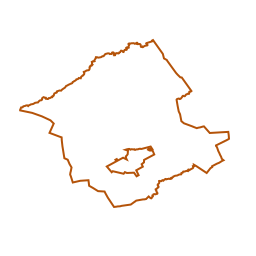 Shurugwi, Midlands, Zimbabwe (Natural Earth projection), rotated 241°
{"feature_id": "62879985B74735389049647", "entity_name": "Shurugwi", "entity_type": "district", "adm_level": 2, "iso_a3": "ZWE", "parent_name": "Zimbabwe", "parent_adm1": "Midlands", "projection": "natural_earth1", "projection_center": [30.229, -19.744], "detail": "fine", "context": "isolated", "style": "outline", "palette": "amber", "viewbox_px": 256, "rotation_deg": 241, "n_neighbors": 0, "source": "geoboundaries", "source_scale": "gbopen_adm2", "svg_char_len": 5836}
<svg xmlns="http://www.w3.org/2000/svg" viewBox="0 0 256 256"><g transform="rotate(241 128 128)"><path d="M132.4,57.7L129.5,59.9L124.9,59.4L120.9,59.5L117.8,56.9L116.9,56.0L115.3,54.8L113.5,54.6L107.1,53.3L105.0,60.6L101.5,68.1L96.3,66.0L92.7,68.2L87.3,71.2L83.8,76.7L81.9,76.6L76.9,76.6L65.7,77.5L64.7,80.0L64.4,81.0L63.4,83.0L63.0,84.7L59.7,93.3L60.5,100.0L58.2,106.7L57.7,107.6L57.1,109.4L58.1,112.9L55.8,113.7L55.2,114.2L55.2,114.6L55.5,114.9L55.8,115.4L56.1,116.5L56.9,116.5L57.1,116.6L57.0,116.9L57.3,117.7L57.6,118.0L57.5,118.9L56.8,119.6L56.6,120.3L56.6,120.8L56.3,121.5L56.4,121.9L56.8,122.2L57.4,122.1L57.6,122.2L58.2,122.0L59.1,122.4L59.5,122.2L60.2,122.4L60.7,122.3L61.0,122.5L60.9,123.3L61.0,124.0L61.4,124.8L61.3,125.6L61.6,126.1L62.0,125.9L62.9,126.4L63.4,126.2L63.8,126.3L64.2,126.7L64.5,128.0L64.8,128.6L65.7,129.3L66.5,129.4L66.6,129.5L66.5,129.8L66.0,130.4L65.4,131.3L65.3,131.6L65.7,132.5L65.6,133.0L65.0,133.4L64.8,133.5L65.1,134.3L65.3,136.0L65.1,136.3L64.7,136.3L64.5,136.6L64.3,137.7L64.1,138.1L63.9,139.1L63.6,139.5L63.1,139.9L62.7,141.0L62.7,141.4L63.4,141.2L63.5,141.4L63.2,143.2L63.3,143.8L63.6,144.2L63.4,145.1L63.4,146.0L62.6,148.0L62.5,150.2L61.7,152.1L62.4,152.8L62.7,152.9L62.7,153.3L62.4,154.1L63.1,155.1L63.1,155.3L62.8,155.7L62.5,156.3L62.1,158.5L61.2,159.6L61.5,160.0L62.0,160.1L62.3,160.3L62.4,160.6L62.3,160.9L62.1,161.1L61.9,161.1L61.7,160.9L61.4,161.0L61.4,161.8L61.5,163.2L61.4,165.0L61.6,165.6L61.9,165.9L63.1,166.3L62.5,167.3L62.5,167.9L62.8,167.8L63.3,167.5L64.0,167.8L61.5,169.3L50.5,175.0L52.9,180.7L53.0,182.7L53.8,183.0L53.7,188.4L53.4,190.9L53.6,194.3L53.5,195.9L55.5,195.1L57.8,195.5L60.0,195.5L61.4,195.7L64.0,195.8L68.0,196.5L69.7,196.3L70.1,196.5L69.5,209.6L69.6,211.1L73.1,212.7L76.0,213.8L84.0,197.1L92.6,195.2L92.9,194.4L93.6,191.3L94.2,189.6L94.5,188.1L97.7,185.4L97.8,185.4L105.0,179.2L108.1,178.0L114.8,180.2L117.9,180.4L123.5,182.2L129.2,184.2L129.5,184.7L129.4,185.8L129.1,186.8L128.4,187.1L128.2,187.3L128.1,187.9L128.1,188.4L128.8,190.2L129.3,190.9L129.5,191.6L129.4,191.9L128.8,192.3L128.3,193.0L128.3,193.3L128.8,194.2L129.1,195.0L128.9,195.6L129.1,196.6L128.3,197.8L128.4,198.1L129.7,198.9L130.0,199.2L130.0,199.4L129.4,200.3L129.6,201.4L146.1,199.5L147.0,198.3L150.7,197.2L152.9,196.7L160.2,195.8L167.7,194.9L168.7,194.9L171.4,193.2L175.9,194.4L192.8,192.5L192.8,191.4L192.1,191.1L193.3,185.2L193.1,184.9L192.4,185.0L191.6,185.3L191.1,185.3L190.9,184.9L191.7,182.5L191.7,181.5L191.5,180.7L191.5,180.2L191.7,179.8L192.0,179.6L192.1,180.0L192.3,180.0L192.4,179.0L192.7,178.7L193.3,178.8L194.7,179.4L195.4,179.3L195.9,178.8L196.7,177.0L197.0,176.7L197.6,177.4L198.0,177.4L198.3,176.9L198.2,175.3L198.5,174.6L199.1,174.4L199.5,173.9L200.5,171.9L200.6,171.2L201.4,170.0L201.4,169.3L201.3,169.1L200.9,169.0L200.5,169.4L200.2,169.5L198.7,167.6L198.2,167.7L197.9,167.6L197.9,167.3L198.0,167.1L198.9,166.5L199.1,165.9L199.0,165.3L198.9,165.1L198.6,165.1L197.9,165.5L197.2,165.0L197.1,164.5L197.9,163.0L197.3,161.7L196.6,160.9L196.8,160.6L197.8,160.5L198.0,160.4L198.7,159.9L199.0,159.3L198.6,158.6L198.1,157.9L198.3,156.9L197.8,156.4L197.8,155.8L198.3,155.1L198.9,154.7L199.0,154.4L199.0,153.7L199.2,153.3L199.0,153.0L198.7,152.9L198.6,152.4L198.0,152.0L198.1,151.8L198.3,151.1L198.5,151.1L198.9,151.0L199.2,151.1L200.2,151.7L200.8,152.0L201.2,151.8L201.6,151.2L201.7,150.8L201.5,150.3L201.0,149.8L200.8,149.4L201.1,149.0L201.5,147.9L202.4,147.6L203.0,146.7L203.6,144.5L203.5,144.3L203.5,143.9L203.6,143.5L202.8,142.0L202.9,141.3L202.8,140.8L203.2,140.3L203.0,139.0L203.2,138.2L203.9,136.2L204.2,135.8L204.8,135.4L205.5,134.2L205.3,134.0L204.7,133.8L204.6,133.7L204.2,132.6L203.5,131.6L203.4,131.1L203.1,130.8L202.7,130.9L202.8,130.2L203.4,129.5L203.4,129.1L203.2,128.7L203.3,128.4L201.9,127.9L201.5,127.5L201.0,127.4L200.6,127.6L200.2,126.5L200.6,126.1L200.7,125.8L200.6,125.2L200.1,124.9L200.1,124.6L199.9,124.4L200.0,124.2L199.8,123.8L199.3,123.7L199.1,123.5L198.4,123.2L197.7,122.2L197.7,121.3L198.2,120.3L198.4,119.5L198.2,117.7L198.5,117.0L198.5,116.5L196.9,116.2L196.3,115.7L196.2,115.5L196.1,114.8L195.8,114.5L195.7,114.2L195.9,113.6L195.7,113.1L195.5,111.9L194.5,110.9L194.4,110.8L194.9,110.0L195.6,109.2L195.5,108.9L195.2,108.4L195.1,107.7L195.6,106.5L195.2,105.9L195.0,104.7L195.1,103.8L194.9,102.7L195.0,101.9L194.3,101.0L194.3,100.1L194.6,99.1L194.5,98.3L194.7,96.9L194.6,95.9L194.6,95.3L194.8,94.4L193.9,92.5L193.6,89.1L193.1,87.6L194.0,86.3L194.5,83.5L194.4,83.4L193.7,83.1L193.6,82.9L193.6,82.3L193.8,81.9L193.9,80.3L193.1,79.4L192.4,78.8L192.5,78.3L192.2,77.9L192.4,77.4L192.0,77.1L191.7,76.7L191.9,76.4L192.1,76.3L192.2,76.2L192.0,75.3L192.1,74.8L192.0,74.4L192.2,73.9L192.3,73.5L192.5,73.3L192.2,72.5L192.2,72.0L192.6,71.3L193.9,70.9L193.8,70.7L193.5,70.5L193.5,70.3L195.1,69.9L195.5,69.4L195.9,69.1L195.8,67.7L195.1,66.8L194.5,66.6L194.3,65.6L194.8,64.5L194.6,63.0L194.0,61.7L194.6,60.3L195.1,58.8L195.0,58.3L195.0,56.7L195.8,54.2L195.7,53.3L195.9,52.4L195.6,51.3L196.5,51.0L197.1,49.9L197.2,48.6L197.7,47.0L197.2,45.8L197.8,44.5L196.0,42.3L195.7,42.2L187.7,51.5L180.0,58.3L172.3,63.9L167.9,65.2L161.8,57.0L153.3,64.2L153.0,64.5L152.0,65.4L149.1,64.0L143.8,61.8L132.4,57.7ZM81.6,112.1L86.0,111.6L89.2,105.2L90.9,103.9L90.1,102.0L97.6,93.7L97.2,92.3L104.6,90.8L104.5,101.8L106.3,101.6L106.3,103.1L104.5,103.2L104.4,109.3L101.1,111.6L102.6,111.7L104.2,112.3L104.5,113.5L105.2,115.0L108.2,117.0L110.2,115.2L109.9,116.7L109.2,118.8L108.8,119.3L107.9,119.5L107.7,120.9L106.8,122.1L106.4,123.0L106.2,122.9L106.0,123.0L105.4,123.6L105.3,124.6L105.0,125.5L104.5,126.3L104.5,127.0L104.3,127.9L104.1,128.1L103.9,128.7L103.5,129.0L103.1,129.8L100.8,138.8L98.0,139.0L99.2,136.7L99.8,135.7L99.4,135.0L97.9,135.9L96.3,138.6L92.1,138.1L92.3,126.6L90.2,125.3L89.7,122.4L87.0,122.2L87.0,114.7L81.6,114.4L81.6,112.1Z" fill="none" stroke="#b45309" stroke-width="2"/></g></svg>